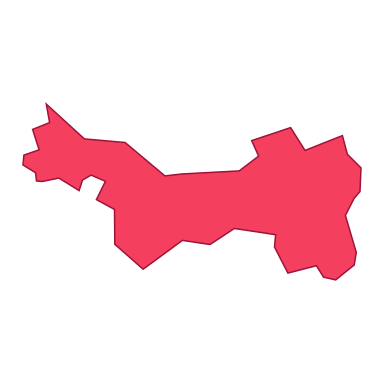 outline of Altinkul, Andijon, Uzbekistan
{"feature_id": "79887680B88758805168239", "entity_name": "Altinkul", "entity_type": "district", "adm_level": 2, "iso_a3": "UZB", "parent_name": "Uzbekistan", "parent_adm1": "Andijon", "projection": "equal_earth", "projection_center": [72.13, 40.815], "detail": "fine", "context": "isolated", "style": "filled", "palette": "rose", "viewbox_px": 384, "rotation_deg": 0, "n_neighbors": 0, "source": "geoboundaries", "source_scale": "gbopen_adm2", "svg_char_len": 657}
<svg xmlns="http://www.w3.org/2000/svg" viewBox="0 0 384 384"><path d="M356.3,252.5L345.4,215.4L354.1,198.4L360.0,191.5L361.0,167.9L347.4,154.3L342.4,135.6L305.0,150.4L290.6,127.6L251.7,140.6L258.6,156.1L239.2,170.9L181.5,174.0L164.9,175.9L125.1,142.5L84.4,138.9L46.3,104.1L49.6,122.6L32.6,129.4L39.1,149.8L23.9,155.1L23.0,165.0L35.5,172.7L36.5,181.0L42.2,181.5L58.9,178.1L79.1,190.6L82.5,180.1L91.1,175.1L105.4,181.3L96.4,199.6L114.5,209.5L114.8,244.3L143.1,269.2L182.4,240.4L210.0,244.5L234.3,228.5L275.6,234.7L274.5,247.0L287.9,273.1L316.4,265.7L323.6,277.2L335.7,279.9L354.2,265.0L356.3,252.5Z" fill="#f43f5e" stroke="#9f1239" stroke-width="1.5"/></svg>